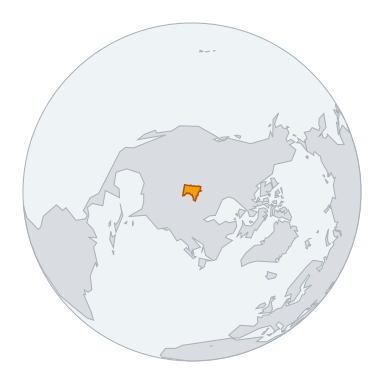 the Earth from above Minnesota, rotated 100°
{"feature_id": "USA-3514", "entity_name": "Minnesota", "entity_type": "State", "adm_level": 1, "iso_a3": "USA", "parent_name": "United States of America", "parent_adm1": "", "projection": "orthographic", "projection_center": [-93.694, 46.435], "detail": "fine", "context": "on_globe", "style": "filled", "palette": "amber", "viewbox_px": 384, "rotation_deg": 100, "n_neighbors": 0, "source": "natural_earth", "source_scale": "10m", "svg_char_len": 11744}
<svg xmlns="http://www.w3.org/2000/svg" viewBox="0 0 384 384"><g transform="rotate(100 192 192)"><circle cx="192" cy="192" r="169" fill="#eef3f6" stroke="#a8b0b8"/><path d="M262.3,345.6L260.5,346.5L260.1,346.6L247.3,351.7L234.1,355.6L238.3,354.0L246.0,350.1L255.5,337.0L253.0,334.9L241.7,334.3L228.2,323.3L232.6,316.1L229.3,313.5L240.1,301.3L236.7,291.9L232.8,291.2L229.2,295.8L215.3,291.3L209.8,283.7L164.7,270.0L159.5,264.9L158.7,257.2L140.3,227.7L149.9,254.5L143.3,248.7L137.5,238.8L140.1,237.1L135.3,222.5L129.0,215.7L126.2,196.9L134.0,175.2L136.4,179.7L138.0,174.3L135.1,168.5L132.7,166.0L134.2,142.4L126.0,125.8L118.5,125.3L124.0,122.0L106.5,124.7L99.0,120.4L110.5,122.5L114.0,120.6L110.4,116.1L113.2,113.3L113.0,109.6L116.7,106.8L123.2,108.6L125.7,107.0L123.0,103.9L124.9,99.4L128.6,104.1L132.4,96.9L143.9,99.5L150.7,115.7L160.1,116.0L175.0,130.0L176.6,126.7L183.3,130.4L187.7,128.2L189.2,131.8L191.4,127.0L189.2,124.2L189.4,121.2L191.8,119.7L194.2,123.9L193.3,125.3L195.2,125.7L195.4,128.5L196.7,126.3L199.2,131.8L200.3,124.3L205.3,127.0L206.0,131.2L201.3,133.4L191.2,149.8L190.5,155.4L194.2,160.7L211.1,165.0L212.3,170.4L217.2,175.7L218.7,171.4L215.4,165.7L219.5,159.4L214.9,153.6L215.9,150.3L213.1,143.7L218.5,142.0L225.4,144.2L228.0,149.7L231.1,151.0L232.7,143.8L241.5,152.7L254.1,156.4L255.8,159.2L251.9,167.7L241.6,172.1L236.4,184.4L244.9,174.0L249.1,181.8L251.9,182.2L254.6,180.5L255.0,176.7L257.5,179.0L250.1,189.9L247.7,187.9L250.1,184.4L245.3,186.7L240.3,194.7L242.8,198.4L232.6,207.7L234.3,210.6L233.0,214.4L231.1,209.1L234.4,219.0L222.9,233.3L227.2,250.2L217.4,238.4L210.5,237.8L202.4,239.1L203.0,241.9L191.6,240.6L182.4,246.9L180.6,260.4L185.8,270.2L198.4,270.1L201.4,264.4L210.2,262.4L205.5,277.5L221.1,277.5L220.5,287.9L225.2,292.3L232.6,289.6L240.4,290.3L245.4,283.4L253.6,277.8L254.5,285.7L258.5,277.0L263.5,279.3L279.5,272.6L278.5,274.9L292.1,277.7L305.6,273.7L308.7,276.9L307.2,281.1L311.6,278.9L311.7,280.9L328.0,270.2L335.3,266.8L334.4,273.3L326.9,286.7L316.8,304.2L302.3,318.1L296.5,324.1L281.4,335.3L273.0,339.9L273.1,340.2L270.8,341.5L262.3,345.6ZM50.9,208.6L51.8,205.3L52.6,208.9L50.9,208.6ZM51.6,202.3L51.4,203.6L51.4,202.3L51.6,202.3ZM51.0,200.7L51.4,201.8L50.8,200.8L51.0,200.7ZM50.0,198.9L50.6,199.7L50.5,199.8L50.0,198.9ZM227.2,256.0L244.9,259.9L235.6,263.2L237.3,261.3L232.6,259.1L224.2,257.7L215.8,260.9L227.2,256.0ZM49.0,195.2L48.8,194.2L49.5,194.7L49.0,195.2ZM233.3,245.2L230.3,245.2L233.2,244.5L233.3,245.2ZM131.2,165.5L134.7,168.7L136.3,175.1L133.1,172.7L131.2,165.5ZM128.5,153.7L131.0,154.2L129.0,159.6L128.2,157.6L128.5,153.7ZM112.5,125.8L114.8,128.0L111.6,126.9L112.5,125.8ZM112.4,109.6L110.8,110.0L111.4,107.9L112.4,109.6ZM210.3,145.1L211.7,144.4L211.5,146.0L210.3,145.1ZM207.8,142.9L206.5,145.2L205.2,144.6L205.9,143.1L207.8,142.9ZM117.6,101.9L119.0,98.7L118.7,102.2L117.6,101.9ZM209.6,140.3L202.9,143.1L200.5,142.0L201.4,135.7L209.6,140.3ZM120.5,97.1L123.8,89.9L120.7,89.8L131.5,86.1L125.1,93.3L125.2,97.5L123.1,95.9L120.5,97.1ZM187.5,123.9L189.9,126.8L185.7,125.8L187.5,123.9ZM184.7,124.0L171.2,125.8L168.8,121.0L173.8,121.3L168.8,116.4L174.2,113.2L178.2,115.1L178.7,118.8L180.4,114.8L184.7,124.0ZM136.9,85.5L138.7,84.1L138.1,85.9L136.9,85.5ZM189.2,119.9L186.7,120.6L184.4,116.5L189.0,114.4L188.2,116.4L189.2,119.9ZM164.9,116.9L164.0,113.6L168.1,110.0L168.3,108.2L174.1,112.7L164.9,116.9ZM190.0,116.6L191.3,113.5L194.6,114.1L191.5,119.0L190.0,116.6ZM181.9,116.3L181.0,114.3L183.0,114.7L181.9,116.3ZM207.0,115.2L204.0,115.9L202.6,113.8L207.0,115.2ZM191.6,112.3L190.5,112.1L189.6,111.4L191.2,109.5L191.6,112.3ZM176.6,110.0L178.6,109.2L174.5,107.9L177.4,105.4L180.8,108.9L180.5,106.3L181.4,105.5L183.2,109.3L176.6,110.0ZM190.0,105.6L195.3,109.5L201.1,108.6L202.5,110.5L193.0,111.6L190.0,105.6ZM185.8,107.4L188.7,106.7L189.1,109.2L187.3,111.3L185.8,107.4ZM178.2,102.5L172.8,105.4L172.2,104.6L178.2,102.5ZM191.6,104.8L190.3,103.9L192.0,104.5L191.6,104.8ZM182.2,102.6L180.4,103.7L179.8,102.7L182.2,102.6ZM189.2,101.3L190.9,102.5L189.8,103.9L189.2,101.3ZM185.9,101.5L185.6,99.8L188.3,103.6L185.2,102.1L185.9,101.5ZM182.0,101.4L181.0,101.2L182.8,101.1L182.0,101.4ZM192.6,95.5L196.3,100.0L193.7,103.0L190.5,98.2L192.6,95.5ZM103.3,48.2L104.1,47.7L109.4,44.6L110.0,44.5L117.1,40.6L118.2,40.3L123.1,37.7L122.6,38.0L133.6,33.4L145.0,29.7L156.5,26.8L168.3,24.7L180.1,23.5L192.0,23.0L204.0,23.5L215.8,24.7L227.5,26.8L239.1,29.7L250.4,33.5L261.5,38.0L272.2,43.3L282.5,49.3L292.3,56.0L301.6,63.4L310.4,71.5L310.5,71.5L318.7,80.2L326.2,89.4L333.1,99.1L339.3,109.3L344.8,119.9L349.5,130.8L353.4,142.1L356.5,153.6L358.8,165.3L358.9,165.8L360.0,192.3L358.1,195.0L350.6,190.9L348.8,180.9L344.6,174.7L329.0,127.8L330.1,122.3L322.8,99.1L322.6,97.1L328.2,102.6L326.5,92.4L320.4,85.0L314.2,75.6L307.0,68.2L296.1,59.5L307.8,71.4L305.1,70.9L292.0,59.1L281.0,49.7L279.7,49.3L282.6,53.5L276.1,50.0L283.2,55.0L283.3,53.9L287.7,57.2L287.9,58.4L285.6,57.0L287.8,59.8L298.2,66.3L299.5,65.9L307.6,75.3L310.4,75.8L314.0,79.4L310.6,80.1L307.9,78.5L304.9,83.9L308.5,86.3L311.6,81.6L312.4,83.7L317.3,87.7L314.2,86.4L309.9,91.5L314.6,101.9L327.5,119.8L328.7,126.6L326.6,131.0L314.9,121.4L313.4,107.5L309.2,104.5L303.5,105.8L303.6,101.7L301.1,100.7L299.9,95.7L292.4,88.2L290.3,83.5L281.7,80.1L279.4,77.4L285.2,80.1L288.1,79.6L282.2,69.1L279.4,66.9L274.3,65.7L273.3,63.2L269.1,63.5L262.9,58.0L266.9,65.1L260.9,64.5L254.1,61.3L252.9,62.6L264.0,67.9L267.7,69.0L269.9,67.7L280.8,72.5L284.0,76.3L275.3,76.6L278.9,82.2L270.5,80.5L245.7,66.3L238.3,60.9L238.0,51.4L243.0,52.3L245.6,56.0L248.4,52.3L245.7,52.7L244.9,50.8L239.0,50.2L238.2,48.9L234.0,50.8L232.3,49.1L235.0,47.9L224.8,46.2L219.8,43.2L217.9,43.5L217.3,44.7L211.3,40.5L210.1,40.9L211.7,42.4L210.4,44.4L205.9,46.4L204.1,44.8L205.4,43.8L205.6,39.8L209.6,37.9L208.4,37.5L204.5,38.8L204.3,43.7L202.1,45.4L201.4,42.8L201.5,43.9L199.8,44.2L196.4,43.2L196.8,46.0L180.8,53.4L172.7,52.6L173.9,49.3L160.8,54.0L152.7,53.5L154.1,54.8L148.8,58.5L151.3,58.7L151.6,59.6L139.1,70.1L134.8,71.6L131.0,78.3L131.8,79.1L134.8,78.3L131.5,86.1L120.7,89.8L119.6,87.8L113.6,91.8L111.9,86.9L107.7,84.9L109.3,77.7L105.8,77.1L103.9,78.8L97.7,79.5L91.8,75.8L105.2,71.2L115.8,77.1L112.2,73.8L115.6,72.5L115.9,70.1L113.1,68.2L111.2,69.3L120.0,56.8L118.6,50.4L112.4,55.1L107.2,57.0L100.1,55.6L106.4,46.7L99.4,50.7L98.1,51.5L98.4,51.3L103.3,48.2ZM339.4,145.1L341.1,147.3L339.4,145.1ZM263.4,38.9L262.3,38.5L258.8,36.9L259.5,37.4L262.2,38.5L263.0,39.8L257.2,37.2L255.4,37.0L258.2,38.5L268.7,43.1L267.6,41.1L272.1,43.3L272.8,43.6L271.1,42.7L263.4,38.9ZM280.0,272.2L282.0,272.9L279.5,274.1L280.0,272.2ZM234.8,267.1L238.3,266.5L240.3,267.4L237.7,268.4L234.8,267.1ZM263.7,258.8L267.6,258.2L263.7,260.3L263.7,258.8ZM247.6,260.1L260.6,259.7L253.1,264.8L244.8,265.1L250.3,262.7L247.6,260.1ZM232.5,251.0L234.8,251.1L234.4,253.0L232.5,251.0ZM235.4,244.7L234.6,245.1L233.2,243.9L235.4,244.7ZM249.5,181.1L250.1,180.4L253.1,179.4L252.2,181.4L249.5,181.1ZM263.8,167.0L267.5,171.1L264.2,169.4L263.6,172.7L255.8,173.4L256.3,160.7L257.5,166.2L263.8,167.0ZM245.6,171.4L250.4,172.0L245.1,171.9L245.6,171.4ZM288.4,101.2L289.9,99.6L293.2,101.8L295.8,108.7L291.1,105.5L288.4,101.2ZM291.3,96.9L281.9,95.8L279.9,91.8L282.6,94.2L282.3,91.6L286.5,94.8L293.8,92.4L297.2,94.3L300.2,105.4L297.3,100.6L296.0,102.3L291.3,96.9ZM261.4,103.4L257.3,103.8L258.3,94.4L262.0,95.2L264.8,101.9L262.1,104.9L261.4,103.4ZM212.5,129.0L210.9,130.4L210.2,129.1L211.1,126.9L212.5,129.0ZM205.7,115.7L219.0,122.0L217.8,123.8L227.0,125.8L227.5,131.4L221.5,129.8L228.7,135.8L223.5,136.7L228.7,140.3L215.4,136.3L210.9,137.6L215.7,133.9L215.4,128.7L214.0,126.8L206.6,122.6L196.9,123.2L195.1,118.4L196.4,114.9L198.5,114.0L199.0,117.3L201.3,113.8L203.7,118.0L205.7,115.7ZM212.4,81.1L212.2,84.5L217.3,79.6L219.7,83.1L220.1,82.4L223.7,84.4L228.8,85.6L229.2,87.5L231.0,87.1L233.4,88.6L236.0,88.9L237.6,92.4L241.0,93.1L239.8,94.4L245.2,94.7L241.9,96.1L244.7,98.4L246.4,95.8L248.7,116.0L252.2,124.0L256.8,130.0L250.6,132.1L242.3,128.1L233.9,121.2L231.4,113.4L229.1,116.0L227.2,113.1L229.8,112.3L224.6,111.9L223.8,109.4L216.3,104.3L209.3,105.7L206.4,104.0L208.7,102.2L204.2,101.9L206.6,97.4L204.6,96.2L204.9,90.8L210.5,88.4L207.8,87.2L208.0,83.3L212.4,81.1ZM192.9,94.0L199.1,89.8L203.4,89.9L201.0,99.3L202.6,101.0L201.2,107.4L194.9,107.3L195.9,105.5L195.4,103.7L197.5,104.4L195.4,102.5L196.7,99.9L195.4,97.8L197.7,97.0L192.9,94.0ZM319.6,93.1L319.0,91.4L317.3,88.3L320.4,90.9L319.6,93.1ZM316.9,96.7L315.9,94.7L319.4,96.5L320.1,98.5L316.9,96.7ZM312.3,92.3L315.6,94.5L314.2,94.5L312.3,92.3ZM284.0,78.4L282.5,76.4L283.6,76.4L285.7,77.7L284.0,78.4ZM228.0,68.7L227.2,70.3L226.1,70.0L221.4,72.1L219.3,69.8L221.3,67.7L228.0,68.7ZM299.8,62.5L303.6,65.7L303.9,66.2L302.5,65.0L299.8,62.5ZM313.8,78.3L312.0,75.3L314.7,79.0L313.8,78.3ZM225.0,66.6L223.3,67.7L223.3,65.9L225.0,66.6ZM217.5,68.3L217.0,66.4L218.5,69.8L217.5,68.3ZM204.5,51.2L213.3,50.6L218.3,49.2L218.9,46.7L221.8,50.2L214.2,52.4L204.5,51.2ZM184.0,53.2L183.5,55.8L181.2,55.2L181.0,54.5L184.0,53.2ZM185.5,54.4L189.6,56.7L187.7,58.6L184.8,56.3L185.5,54.4ZM207.6,60.8L210.3,60.8L210.3,62.1L207.6,60.8ZM89.1,58.0L90.3,57.1L87.5,59.3L87.1,59.6L88.0,58.9L89.1,58.0ZM94.2,54.2L92.5,55.6L87.6,59.5L88.4,59.4L85.8,62.2L88.7,61.1L88.1,62.4L84.0,64.8L80.3,66.1L87.4,59.5L92.9,55.1L94.2,54.2ZM90.2,60.4L94.3,60.5L88.5,65.5L86.3,66.6L86.8,64.4L89.9,61.8L90.2,60.4ZM93.6,62.1L96.6,59.8L108.9,57.1L110.1,57.8L97.6,62.0L99.7,60.1L97.7,60.0L93.6,62.1ZM137.3,83.5L138.5,84.1L136.6,84.6L137.3,83.5ZM153.1,59.6L153.2,61.0L150.9,61.4L153.1,59.6ZM152.2,65.1L154.6,63.7L152.8,65.9L152.2,65.1ZM160.0,60.4L156.0,63.4L158.8,59.6L160.0,60.4Z" fill="#d9dde1" stroke="#a8b0b8" stroke-width="1"/><path d="M185.2,184.3L189.1,184.4L189.2,183.3L189.3,183.4L189.5,183.4L189.8,183.5L189.9,183.8L189.9,184.0L190.0,184.7L190.0,184.9L190.0,185.0L190.3,185.2L190.4,185.3L190.5,185.3L190.8,185.3L191.0,185.5L191.6,185.5L191.8,185.8L192.2,185.8L192.4,185.8L192.5,185.7L192.8,185.5L193.4,185.6L193.6,185.7L193.9,185.8L194.0,185.8L193.9,185.9L193.9,186.0L194.0,186.1L194.3,186.1L194.4,186.3L194.5,186.5L194.8,186.6L194.7,186.5L194.7,186.4L194.8,186.4L195.0,186.3L195.3,186.4L195.3,186.5L195.6,186.8L195.8,186.8L195.9,187.0L196.1,187.1L196.3,187.2L196.5,187.2L196.8,187.1L197.2,186.8L197.3,186.7L197.5,186.6L197.6,186.8L197.7,187.0L197.8,187.0L198.1,187.0L198.3,187.0L198.9,186.9L199.0,186.9L199.2,187.0L199.3,187.1L199.5,187.2L199.8,187.2L200.0,187.2L200.3,187.2L199.5,189.3L198.1,189.3L196.5,190.5L195.5,191.1L195.2,191.0L195.0,191.3L194.9,191.3L194.9,193.0L194.7,193.2L194.5,193.3L194.4,193.3L194.2,193.4L194.1,193.5L193.9,193.8L193.7,194.1L193.6,194.4L193.7,194.5L193.8,194.5L194.0,194.6L194.0,194.8L194.1,195.0L194.0,195.3L193.9,195.4L193.9,195.6L194.0,195.8L193.9,195.9L193.9,196.0L193.9,196.3L194.0,196.4L193.9,196.5L193.8,196.9L193.9,197.0L194.0,197.1L194.2,197.3L194.3,197.4L194.7,197.4L194.8,197.5L195.0,197.8L195.3,197.9L195.7,198.1L195.8,198.3L195.9,198.6L196.0,198.7L196.3,198.9L196.6,198.9L196.7,199.0L196.8,199.0L197.0,199.3L197.1,199.5L197.2,199.8L197.2,200.1L197.2,200.3L197.2,200.5L186.1,200.5L186.3,195.3L186.3,195.2L186.2,195.1L186.0,194.9L185.8,194.9L185.7,194.8L185.7,194.6L185.5,194.4L185.5,194.2L185.8,194.0L185.9,193.9L186.0,193.7L186.1,193.4L186.1,193.1L186.1,192.9L186.1,192.7L186.1,192.3L186.1,192.2L185.9,191.9L185.8,191.7L185.8,191.4L185.7,191.3L185.7,191.2L185.8,191.1L185.7,190.9L185.8,190.7L185.8,190.4L185.7,190.4L185.7,190.2L185.7,189.9L185.7,189.7L185.7,189.4L185.7,189.1L185.7,188.9L185.7,188.7L185.7,188.4L185.6,188.2L185.6,187.9L185.4,187.6L185.5,187.5L185.4,187.4L185.4,187.2L185.3,186.8L185.2,186.7L185.3,186.6L185.3,186.4L185.2,186.1L185.3,186.1L185.3,185.9L185.2,185.7L185.3,185.5L185.3,185.4L185.4,185.2L185.3,184.9L185.2,184.8L185.2,184.7L185.2,184.4L185.2,184.3Z" fill="#f59e0b" stroke="#b45309" stroke-width="1.5"/></g></svg>